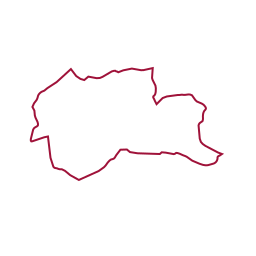 SVG path tracing the border of Tongsa, rotated 108°
{"feature_id": "BTN-2486", "entity_name": "Tongsa", "entity_type": "District", "adm_level": 1, "iso_a3": "BTN", "parent_name": "Bhutan", "parent_adm1": "", "projection": "mercator", "projection_center": [90.459, 27.451], "detail": "fine", "context": "isolated", "style": "outline", "palette": "rose", "viewbox_px": 256, "rotation_deg": 108, "n_neighbors": 0, "source": "natural_earth", "source_scale": "10m", "svg_char_len": 1879}
<svg xmlns="http://www.w3.org/2000/svg" viewBox="0 0 256 256"><g transform="rotate(108 128 128)"><path d="M102.4,61.7L103.7,61.7L115.9,56.5L118.7,54.4L120.1,52.0L121.1,48.8L123.5,34.8L123.7,30.6L125.9,32.3L126.6,33.1L127.4,33.7L128.2,33.8L129.1,33.5L130.4,33.3L131.8,33.4L133.3,33.9L134.5,34.7L135.3,35.5L138.4,40.1L139.0,41.3L139.5,42.7L139.9,45.3L139.9,48.9L139.2,56.8L137.2,63.3L137.0,65.0L136.9,67.4L136.5,70.9L136.5,73.2L136.8,74.5L138.1,75.5L138.7,76.4L139.8,84.6L140.7,88.4L142.9,89.7L149.1,111.1L150.3,118.7L148.8,122.4L151.0,128.5L157.5,130.8L160.2,131.4L161.3,131.9L162.1,132.7L163.3,134.5L164.7,135.5L167.1,136.6L170.6,137.7L172.7,138.7L178.0,142.6L192.6,158.7L190.7,168.4L188.2,174.7L187.7,178.1L188.3,180.1L188.4,181.2L188.4,182.2L188.3,182.9L188.4,183.7L188.5,184.6L188.6,185.6L187.9,187.0L180.3,192.5L160.8,201.5L162.7,204.8L170.2,214.9L170.6,215.8L170.1,216.5L168.6,217.0L158.8,217.7L157.2,217.3L155.9,216.4L154.8,215.3L153.5,214.5L152.0,214.8L150.2,215.9L146.7,219.2L144.8,220.5L140.4,222.4L137.5,225.4L133.6,225.0L129.6,223.6L128.1,223.4L126.6,223.4L125.4,223.5L124.3,223.4L123.2,223.1L121.9,222.5L120.4,221.5L118.3,219.1L115.0,217.0L106.3,210.0L89.6,200.5L94.6,193.3L96.0,188.4L95.9,184.4L91.4,181.6L90.3,173.2L89.1,170.2L87.2,168.0L79.2,160.9L78.0,159.1L77.5,157.8L77.8,156.8L77.7,155.6L78.0,154.5L74.6,150.3L70.3,142.7L69.0,133.5L68.2,131.2L63.4,123.0L73.0,120.6L74.6,119.5L79.2,115.0L81.6,113.8L85.1,112.8L87.2,112.6L88.7,112.9L90.1,113.7L91.0,113.5L91.6,113.0L92.5,112.0L93.7,111.0L96.5,108.2L88.8,104.3L86.0,100.8L81.3,91.0L80.8,89.5L79.6,86.9L79.5,86.1L79.2,84.9L78.7,83.6L77.5,81.1L77.0,79.4L77.1,77.3L80.6,72.6L81.5,70.7L82.0,65.3L82.5,63.4L83.2,62.1L84.2,60.7L85.1,60.0L86.1,59.9L87.0,60.2L88.0,60.7L89.0,60.9L89.9,61.0L91.5,60.9L93.7,60.4L95.6,59.7L97.1,59.3L98.5,59.3L101.1,61.3L102.4,61.7Z" fill="none" stroke="#9f1239" stroke-width="2"/></g></svg>